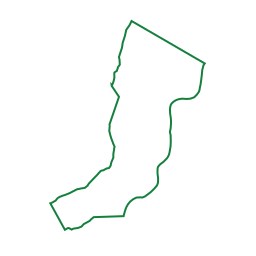 outline of En Leur Ba/Balca, Choiseul, Saint Lucia, rotated 5°
{"feature_id": "8701671B91249744249717", "entity_name": "En Leur Ba/Balca", "entity_type": "district", "adm_level": 2, "iso_a3": "LCA", "parent_name": "Saint Lucia", "parent_adm1": "Choiseul", "projection": "natural_earth1", "projection_center": [-61.02, 13.776], "detail": "fine", "context": "isolated", "style": "outline", "palette": "green", "viewbox_px": 256, "rotation_deg": 5, "n_neighbors": 0, "source": "geoboundaries", "source_scale": "gbopen_adm2", "svg_char_len": 2558}
<svg xmlns="http://www.w3.org/2000/svg" viewBox="0 0 256 256"><g transform="rotate(5 128 128)"><path d="M198.8,57.0L122.2,21.1L120.8,25.0L117.7,30.4L116.9,36.5L115.3,43.5L115.0,48.6L114.1,52.4L112.8,58.2L113.6,60.6L114.3,65.7L112.8,68.1L111.9,72.1L110.9,72.8L110.3,73.3L109.6,74.0L109.6,74.4L109.6,75.4L109.8,76.8L109.9,77.4L110.0,78.3L110.0,79.1L109.9,80.5L109.7,81.6L109.6,82.5L109.4,83.4L109.0,84.9L108.6,85.9L108.3,86.9L107.9,86.5L108.1,87.5L116.3,97.7L109.3,125.9L109.5,127.3L109.6,128.3L109.6,129.4L109.6,130.2L109.6,131.5L109.6,132.6L109.8,133.3L110.3,134.5L110.7,135.8L111.0,136.7L111.6,138.2L112.1,139.5L112.8,141.0L113.6,142.6L114.5,144.6L115.3,146.1L115.9,147.1L116.3,148.0L116.0,149.2L116.0,150.7L115.8,153.0L115.7,154.6L115.7,155.9L115.8,157.2L116.0,158.3L115.9,159.0L114.5,163.3L114.2,164.7L114.1,165.9L114.0,166.9L113.5,168.1L113.0,168.8L112.5,169.6L110.1,170.2L109.5,170.7L108.5,171.3L107.6,172.0L107.0,172.3L106.2,172.5L105.6,172.7L104.7,173.1L104.2,173.6L103.3,174.8L101.0,177.9L98.1,181.4L95.4,184.8L94.0,186.6L93.5,187.4L93.0,188.3L92.8,189.0L92.4,189.3L90.2,191.4L85.9,192.5L84.3,193.1L83.5,193.2L82.6,193.5L81.9,193.9L81.0,194.5L80.2,195.0L79.3,195.6L79.0,195.7L78.4,196.1L77.7,196.6L77.0,197.0L76.2,197.6L75.2,198.1L74.3,198.6L73.7,198.9L72.9,199.3L72.1,199.7L70.4,200.5L69.1,201.0L68.0,201.5L67.0,202.1L66.0,202.5L65.4,203.0L64.7,203.4L63.8,204.3L63.0,205.4L62.5,206.2L62.2,206.6L61.9,206.9L61.4,207.2L60.8,207.6L60.4,207.9L59.6,208.5L59.1,208.8L58.1,209.4L57.7,209.6L57.2,209.8L74.0,234.9L76.7,233.0L77.8,232.8L80.7,234.1L82.4,233.0L86.6,232.0L88.0,231.4L90.2,230.3L92.3,227.6L94.1,226.4L97.9,223.9L99.1,222.3L101.6,219.8L131.3,216.2L131.3,215.8L131.8,213.1L132.5,209.6L133.4,206.6L134.8,203.7L136.6,201.1L139.2,198.6L142.4,196.6L146.2,196.0L148.4,196.0L151.0,194.6L153.6,192.3L156.4,189.7L159.5,186.1L161.9,182.7L162.6,180.1L162.5,176.9L162.3,175.0L161.7,172.3L161.3,170.3L161.1,167.5L161.0,165.3L161.5,163.7L163.0,161.6L164.8,159.9L166.2,158.7L168.2,156.3L169.5,154.7L170.5,152.8L171.2,150.7L171.5,148.7L171.7,146.2L172.0,142.9L171.9,140.2L171.8,137.8L171.3,133.3L171.0,131.0L170.2,128.9L170.1,127.8L170.5,124.9L170.5,123.3L170.4,118.8L169.9,115.0L169.2,111.9L168.6,109.3L168.2,106.2L168.2,103.9L168.6,101.3L169.3,99.8L171.0,97.9L173.2,96.2L175.4,95.1L178.7,94.2L180.8,94.0L182.5,94.0L184.3,93.9L187.4,93.4L191.2,91.7L193.8,88.6L195.3,86.1L195.9,84.1L196.1,81.2L196.5,78.3L196.7,74.2L196.9,68.7L196.9,66.8L196.9,66.5L196.9,63.8L197.3,61.5L197.7,59.0L198.6,57.3L198.8,57.0Z" fill="none" stroke="#15803d" stroke-width="2"/></g></svg>